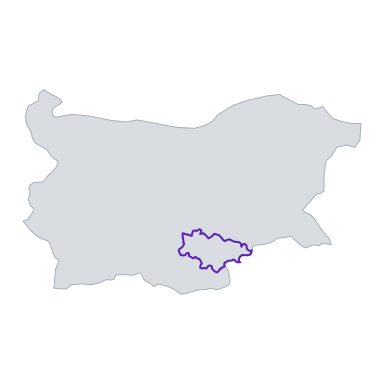 where Haskovo sits in Bulgaria
{"feature_id": "BGR-2232", "entity_name": "Haskovo", "entity_type": "Province", "adm_level": 1, "iso_a3": "BGR", "parent_name": "Bulgaria", "parent_adm1": "", "projection": "natural_earth1", "projection_center": [25.843, 41.878], "detail": "fine", "context": "in_parent", "style": "outline", "palette": "violet", "viewbox_px": 384, "rotation_deg": 0, "n_neighbors": 0, "source": "natural_earth", "source_scale": "10m", "svg_char_len": 3862}
<svg xmlns="http://www.w3.org/2000/svg" viewBox="0 0 384 384"><path d="M331.2,244.6L323.8,243.4L321.2,243.8L319.6,245.5L316.2,245.1L312.0,245.1L307.5,247.1L305.1,247.9L301.8,246.1L295.7,240.8L292.0,237.0L289.2,236.1L286.5,237.2L276.6,238.5L274.3,240.6L269.7,243.0L265.1,244.2L258.5,245.0L255.1,244.9L253.1,246.0L251.5,249.5L250.4,253.0L249.4,254.4L241.2,256.1L239.4,258.0L238.9,260.0L239.1,261.9L232.5,260.0L227.5,261.3L226.3,262.7L225.2,264.9L225.8,267.1L227.7,269.3L229.4,275.3L230.1,281.2L229.0,284.6L225.2,287.0L217.4,289.6L209.9,288.4L206.6,289.4L201.0,289.7L195.8,290.5L187.9,292.9L180.8,294.3L174.3,289.4L166.7,286.0L158.7,284.0L155.9,285.4L154.7,286.6L148.1,282.2L145.1,280.7L143.6,279.0L140.9,273.1L139.2,272.9L133.7,275.1L128.4,275.0L125.2,274.6L115.7,274.9L114.4,278.8L113.2,279.5L111.1,280.0L106.1,279.7L99.6,282.7L92.6,284.5L87.2,284.5L81.6,283.7L78.3,284.3L71.1,284.6L66.5,288.9L59.3,288.7L53.4,288.0L54.1,286.6L55.5,269.5L58.5,261.9L58.4,260.3L57.8,259.1L55.2,257.9L53.4,253.8L49.6,242.9L47.4,240.7L41.2,238.4L35.8,235.3L31.3,231.2L23.0,221.0L27.3,220.0L28.6,217.9L32.9,212.3L33.4,209.5L33.0,208.0L30.2,205.3L28.3,199.4L29.9,193.9L30.0,191.1L28.6,188.3L30.2,184.9L33.2,182.9L35.1,182.4L43.2,182.0L48.3,175.1L51.4,172.8L54.6,168.9L56.1,167.5L57.5,164.4L58.1,161.3L51.8,156.9L49.6,153.6L46.9,149.9L43.1,147.4L35.5,143.1L32.5,138.7L31.2,133.0L29.3,128.7L27.1,125.9L26.7,123.6L25.8,120.8L25.6,115.3L27.5,108.0L28.7,105.4L31.3,104.7L38.3,100.8L38.7,95.8L40.0,92.7L42.2,90.9L44.2,89.7L48.0,92.6L57.1,97.2L61.5,100.6L61.3,102.7L59.1,104.7L55.1,106.8L52.8,109.4L52.1,112.8L52.7,115.1L55.4,117.2L71.9,114.5L88.6,115.9L111.0,120.4L125.9,122.0L136.9,119.9L157.2,123.7L176.2,127.3L194.4,128.3L204.6,125.5L211.8,121.8L217.9,114.7L233.1,105.4L247.9,100.2L267.1,95.9L280.0,94.5L281.8,95.9L298.3,104.5L305.6,104.5L311.5,106.0L313.7,108.3L315.2,108.9L323.0,106.7L326.5,111.4L332.0,118.0L341.3,121.4L349.6,123.3L352.2,123.6L361.0,123.4L359.9,139.9L354.7,147.5L346.8,145.0L336.8,147.1L331.6,155.8L328.6,158.4L325.9,161.4L324.2,172.7L323.9,191.2L320.1,193.5L316.6,194.1L302.2,210.4L310.6,215.0L314.3,218.5L320.5,228.2L329.4,239.2L331.2,244.6Z" fill="#d9dde1" stroke="#a8b0b8" stroke-width="1"/><path d="M251.7,250.6L251.6,251.1L251.4,252.3L251.0,253.6L250.2,254.5L247.6,255.3L242.0,255.0L239.8,256.9L239.0,258.5L238.8,260.0L239.2,261.4L239.8,262.1L237.7,262.3L236.5,262.0L235.8,261.4L234.4,259.9L233.9,259.6L233.1,259.6L231.9,260.6L229.0,260.7L227.5,261.1L226.0,262.2L225.6,262.4L225.3,262.4L224.9,262.5L224.5,262.9L224.2,263.8L224.2,264.8L224.3,265.7L224.6,266.5L224.9,266.9L224.5,266.7L222.1,267.4L221.5,268.6L220.6,268.5L219.7,269.0L219.3,270.4L217.1,272.4L214.7,271.4L212.2,268.9L211.9,267.5L211.6,266.1L209.7,265.4L207.8,266.3L207.2,267.7L206.1,268.4L205.1,268.3L204.2,267.8L203.0,268.3L201.9,268.5L200.1,267.6L200.4,265.7L201.7,263.0L200.2,260.2L199.7,259.4L199.1,258.8L198.0,258.8L197.1,258.2L196.1,257.1L194.9,257.1L194.0,258.1L192.8,258.2L191.6,257.3L189.4,256.3L188.9,255.4L189.0,254.0L188.4,253.0L187.3,253.0L186.4,253.5L185.2,255.0L183.5,255.5L180.6,255.0L178.7,250.8L179.3,249.1L182.1,247.3L183.9,244.4L184.1,243.3L183.5,242.7L183.2,242.1L183.5,241.3L183.1,238.9L182.6,236.5L182.7,233.4L183.2,233.3L184.0,233.5L185.1,234.0L187.1,234.7L188.3,234.7L188.9,234.7L189.3,235.0L189.9,235.5L190.5,235.7L191.1,235.6L191.7,235.7L192.2,233.3L193.0,231.1L194.8,230.4L196.6,231.0L199.2,229.3L201.1,230.1L201.2,231.3L201.1,232.5L200.3,233.6L201.6,233.9L203.3,233.2L204.8,234.4L207.1,236.6L208.4,238.3L210.9,237.1L213.2,235.0L213.8,234.2L214.5,233.8L215.0,234.0L218.9,235.1L221.7,238.0L223.1,239.9L224.7,241.1L227.0,240.0L229.4,239.3L234.0,241.6L239.0,242.2L240.7,243.3L241.1,245.5L241.6,246.5L242.4,245.3L243.5,243.9L245.4,244.2L246.7,245.9L246.6,248.5L247.7,249.7L249.1,250.6L250.5,251.2L251.7,250.6L251.7,250.6Z" fill="none" stroke="#5b21b6" stroke-width="2"/></svg>